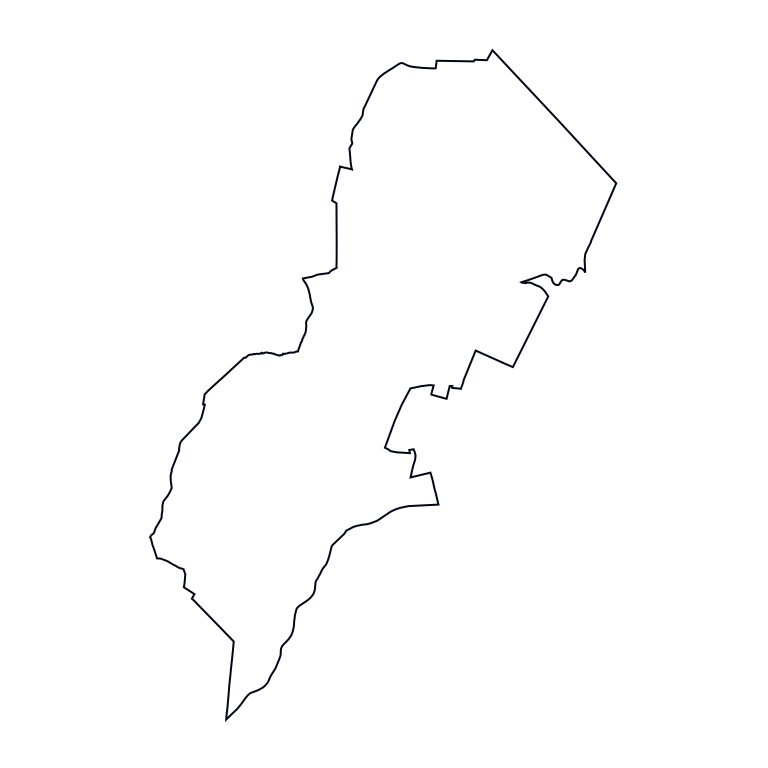 Foieni, Satu Mare, Romania (Albers equal-area conic projection), rotated 268°
{"feature_id": "2599482B43707290171082", "entity_name": "Foieni", "entity_type": "district", "adm_level": 2, "iso_a3": "ROU", "parent_name": "Romania", "parent_adm1": "Satu Mare", "projection": "albers", "projection_center": [22.347, 47.703], "detail": "fine", "context": "isolated", "style": "outline", "palette": "ink", "viewbox_px": 768, "rotation_deg": 268, "n_neighbors": 0, "source": "geoboundaries", "source_scale": "gbopen_adm2", "svg_char_len": 6111}
<svg xmlns="http://www.w3.org/2000/svg" viewBox="0 0 768 768"><g transform="rotate(268 384 384)"><path d="M597.7,604.8L641.8,566.9L644.3,564.7L713.8,504.0L710.1,501.8L704.0,498.1L704.3,494.2L704.9,486.0L703.4,485.1L703.4,484.8L703.3,484.7L705.2,447.9L697.7,446.7L697.7,443.8L698.5,434.2L699.5,426.6L699.9,424.2L700.5,421.3L701.5,418.7L702.4,416.9L703.8,414.3L704.1,413.3L704.1,412.2L704.0,411.4L703.0,409.6L701.2,406.5L699.3,403.5L697.5,400.3L694.1,394.6L692.3,392.2L690.7,390.2L689.3,388.9L687.5,387.6L663.0,375.0L659.5,373.1L653.1,371.9L651.5,371.0L649.4,369.6L645.6,366.7L642.7,364.2L641.1,362.9L639.4,361.9L638.6,361.6L635.5,361.0L629.7,359.9L626.0,360.7L625.3,360.6L623.3,359.3L621.2,357.9L620.0,357.7L616.8,357.9L612.1,358.2L608.8,358.3L606.7,358.4L602.3,358.9L599.5,359.5L600.1,357.8L602.8,347.6L602.3,347.6L601.7,347.5L592.7,344.8L572.0,339.2L571.0,338.9L569.9,338.8L569.6,338.7L569.1,338.5L566.3,342.8L542.4,342.1L531.3,341.8L515.1,341.2L507.6,340.9L505.0,340.7L502.5,340.6L501.8,340.8L499.4,335.8L498.9,334.9L498.1,334.0L497.1,333.2L496.8,332.5L496.6,332.0L496.5,330.2L496.2,327.0L495.7,322.1L495.3,320.4L494.7,318.6L493.6,315.4L493.0,311.0L492.3,306.6L491.4,306.9L490.5,307.2L488.6,308.4L487.7,309.0L486.7,309.6L484.5,310.6L482.5,311.4L481.1,311.8L479.3,312.2L476.4,312.9L472.8,313.3L470.7,313.7L469.9,313.8L469.0,313.9L463.8,315.4L462.4,315.6L460.5,315.3L459.0,314.8L456.9,313.9L455.7,312.9L455.1,312.5L453.9,311.5L450.5,309.1L450.0,308.8L448.5,308.4L448.4,308.3L446.0,308.3L445.7,308.3L445.4,308.4L443.9,308.3L441.9,308.0L440.6,307.9L439.1,307.5L438.0,307.3L435.0,305.8L434.3,305.3L432.9,304.8L431.8,304.0L431.3,303.8L430.3,303.8L429.9,303.6L429.0,302.9L428.1,302.4L426.0,301.6L424.7,301.1L422.8,300.4L421.2,299.6L420.4,299.4L419.6,299.3L419.5,299.1L419.4,298.4L419.5,297.5L418.9,296.1L418.7,295.4L418.6,294.3L418.6,292.9L418.6,292.0L418.7,291.6L418.6,290.5L418.0,288.4L417.7,286.5L417.5,285.2L417.8,284.3L417.8,284.0L417.6,283.9L416.9,283.7L416.6,283.3L416.3,282.5L416.4,282.2L416.5,281.9L416.3,281.7L416.3,280.8L416.1,280.5L416.1,280.3L416.3,279.9L416.4,279.1L416.6,278.4L417.0,277.4L417.7,275.7L418.0,275.4L418.1,275.2L418.0,274.9L418.1,274.3L418.2,273.9L418.8,272.4L418.9,271.4L418.9,270.1L419.5,268.6L419.6,267.7L419.6,266.7L419.4,266.1L418.9,265.1L418.8,264.8L419.0,264.2L419.5,263.3L419.5,262.9L419.4,262.8L418.9,262.8L418.7,262.7L418.8,262.3L418.9,261.7L418.7,261.1L418.5,260.7L418.5,260.1L418.6,258.7L418.7,257.8L418.4,257.0L418.3,256.5L418.4,256.1L418.5,255.6L418.5,255.0L418.2,254.4L418.3,253.7L417.9,252.2L418.0,250.9L417.7,249.9L416.9,248.7L415.1,246.6L415.2,245.2L398.3,225.6L390.3,216.1L383.5,208.1L379.9,204.4L369.9,202.5L369.6,204.2L365.1,203.0L360.2,201.5L356.1,200.2L351.6,197.5L347.3,193.0L335.0,180.4L333.8,179.3L332.2,178.3L330.2,177.7L325.9,176.9L324.5,176.9L305.6,168.7L304.9,169.0L300.2,167.6L297.5,167.5L294.8,167.5L287.9,168.2L287.3,168.1L283.8,166.4L281.2,164.8L280.0,164.1L274.9,159.8L274.3,159.4L270.1,158.3L265.4,158.1L260.4,157.2L259.5,157.1L258.0,157.1L252.8,153.9L247.7,150.6L244.0,149.2L243.3,148.9L242.7,148.4L241.8,147.2L240.9,146.0L239.0,144.9L237.4,145.7L231.4,147.0L226.3,148.6L221.8,149.9L217.6,151.1L217.3,154.7L215.1,160.0L214.0,162.2L210.9,166.9L209.5,169.5L207.7,172.2L205.9,177.2L200.6,178.8L195.1,178.1L191.8,177.7L187.8,176.9L183.4,183.3L180.6,187.2L176.1,184.5L174.8,186.0L169.5,190.8L164.3,195.5L156.4,202.7L150.8,207.8L144.6,213.4L141.0,216.6L134.3,222.7L131.9,224.8L126.7,224.2L121.4,223.5L114.1,222.5L105.2,221.2L97.5,220.2L89.3,219.0L80.4,218.0L67.4,216.4L62.9,215.8L59.6,215.2L56.0,214.8L54.2,214.6L56.4,217.0L58.1,218.9L60.2,221.2L63.0,224.4L64.7,226.3L65.8,227.2L67.7,228.9L69.8,230.7L73.0,233.0L75.6,235.2L77.5,236.9L78.9,238.5L79.8,239.8L80.6,242.2L81.9,246.1L83.1,249.0L84.8,252.2L86.5,254.5L88.4,256.3L90.1,257.6L91.8,258.5L94.4,259.7L96.5,260.8L103.6,265.6L109.5,268.3L115.2,270.8L117.3,271.3L119.9,271.5L121.4,271.6L123.5,272.0L125.5,273.0L127.8,275.1L130.2,277.7L132.6,280.0L135.4,282.1L137.3,283.2L140.6,284.4L144.8,285.4L146.8,285.7L148.8,285.8L155.8,286.9L160.7,288.2L162.6,289.0L163.9,290.0L165.4,291.9L170.1,299.4L171.4,301.3L173.3,303.4L175.0,304.9L177.0,306.3L179.5,307.3L181.9,307.9L187.8,308.6L189.5,309.1L191.3,310.4L197.4,314.1L199.8,315.2L201.7,316.5L203.7,318.1L204.7,319.1L206.3,320.2L210.3,322.0L214.4,323.4L223.1,325.9L224.0,326.3L225.2,327.3L235.3,338.7L236.8,339.9L238.1,340.8L238.6,340.9L242.1,348.1L242.8,350.3L243.1,351.7L244.0,356.6L244.3,359.3L244.4,361.6L245.0,364.8L247.4,372.0L248.7,374.3L255.6,385.3L256.7,387.3L257.7,389.7L258.9,393.0L259.9,397.1L260.7,401.8L261.1,404.4L261.6,434.2L273.6,431.8L277.2,430.9L286.8,429.1L293.8,427.3L289.7,407.3L299.9,409.9L307.2,412.4L309.3,412.8L311.8,413.0L314.3,412.5L317.7,411.4L317.2,407.0L314.0,407.5L315.2,395.0L316.5,388.6L318.9,385.4L320.3,382.7L347.2,393.6L362.8,401.1L377.5,409.6L378.6,410.1L380.6,421.5L381.3,429.9L380.8,433.6L372.6,431.0L372.1,430.9L371.7,431.1L371.5,431.6L367.0,446.0L379.7,449.6L379.5,452.2L378.2,451.7L377.9,451.8L377.7,452.0L376.7,460.1L376.4,460.6L378.5,461.5L383.7,463.5L384.6,463.5L384.8,463.6L414.2,476.8L400.4,504.9L396.4,513.4L465.8,551.2L468.1,549.8L469.2,549.1L470.8,548.1L472.5,546.7L474.1,545.2L475.3,543.8L475.8,543.1L477.0,540.2L478.2,537.7L479.4,535.6L480.1,533.8L480.3,532.1L480.3,530.8L480.0,529.8L479.9,528.4L480.3,526.6L480.5,525.3L480.9,524.8L482.5,530.6L484.7,537.8L487.6,546.6L487.6,547.5L487.7,549.2L487.6,549.7L487.2,550.6L484.6,554.6L484.3,555.0L484.0,555.2L483.7,555.3L482.4,555.5L481.2,555.8L479.9,556.4L478.6,557.2L477.8,558.1L477.3,559.0L477.0,559.7L476.9,560.3L476.8,561.3L477.0,561.9L477.6,562.7L480.2,564.4L481.1,565.1L481.5,565.6L481.9,566.4L481.9,567.8L481.0,570.6L480.2,572.5L480.2,573.2L480.2,573.9L480.6,574.8L481.6,575.8L486.2,579.4L487.5,580.1L488.7,580.6L490.5,581.3L492.1,582.1L492.6,582.6L492.8,583.0L493.0,583.6L493.0,584.2L492.8,585.0L492.2,585.9L491.6,586.7L490.9,587.5L490.2,588.0L489.3,588.5L488.3,589.0L500.6,588.8L506.1,589.6L506.9,589.7L512.4,592.4L518.4,595.7L519.1,595.7L543.8,607.5L553.4,612.1L557.8,614.2L576.5,623.1L597.7,604.8Z" fill="none" stroke="#020617" stroke-width="2"/></g></svg>